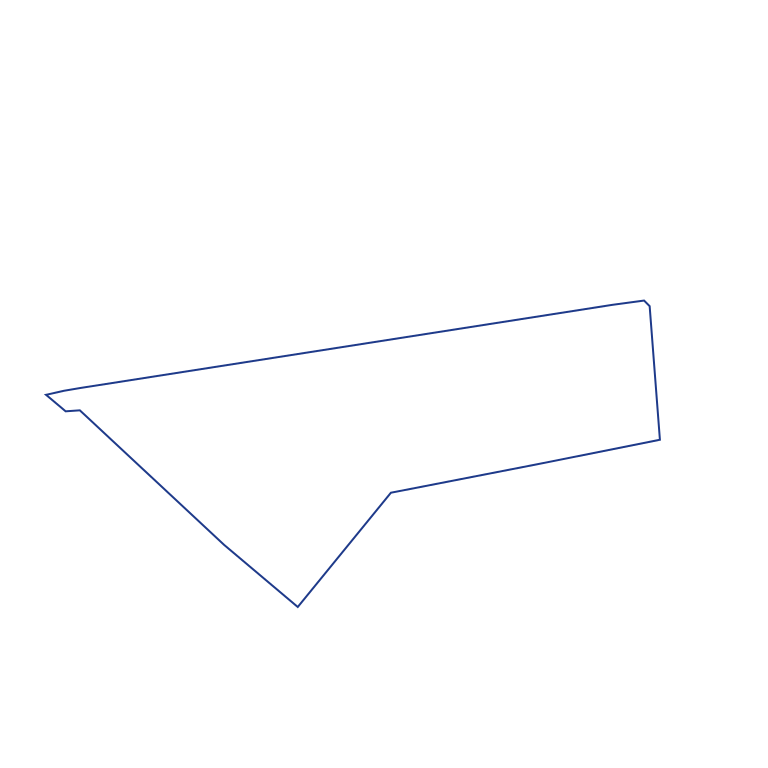 Garagum, Mary, Turkmenistan, rotated 133°
{"feature_id": "10190150B14310189929045", "entity_name": "Garagum", "entity_type": "district", "adm_level": 2, "iso_a3": "TKM", "parent_name": "Turkmenistan", "parent_adm1": "Mary", "projection": "mercator", "projection_center": [61.282, 38.084], "detail": "fine", "context": "isolated", "style": "outline", "palette": "blue", "viewbox_px": 768, "rotation_deg": 133, "n_neighbors": 0, "source": "geoboundaries", "source_scale": "gbopen_adm2", "svg_char_len": 334}
<svg xmlns="http://www.w3.org/2000/svg" viewBox="0 0 768 768"><g transform="rotate(133 384 384)"><path d="M170.4,271.0L593.8,603.2L607.3,613.5L622.4,623.8L621.1,598.2L610.7,588.5L610.7,391.1L605.9,295.0L458.8,304.8L335.7,215.4L236.6,144.2L145.9,242.8L145.6,250.7L170.4,271.0Z" fill="none" stroke="#1e3a8a" stroke-width="2"/></g></svg>